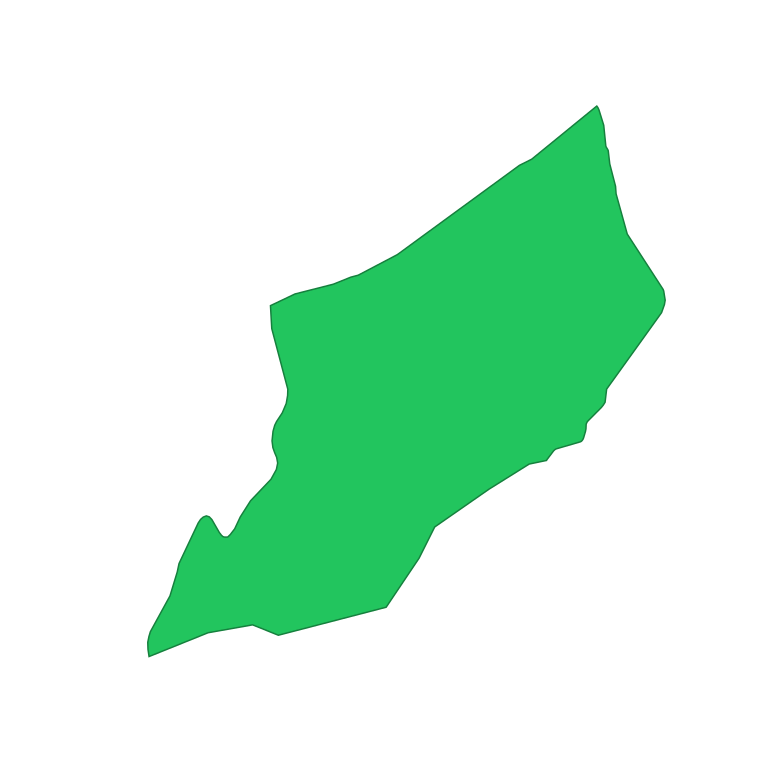 an SVG outline of Eastern Darfur, rotated 256°
{"feature_id": "SDN-5857", "entity_name": "Eastern Darfur", "entity_type": "State", "adm_level": 1, "iso_a3": "SDN", "parent_name": "Sudan", "parent_adm1": "", "projection": "albers", "projection_center": [26.343, 11.27], "detail": "fine", "context": "isolated", "style": "filled", "palette": "green", "viewbox_px": 768, "rotation_deg": 256, "n_neighbors": 0, "source": "natural_earth", "source_scale": "10m", "svg_char_len": 1330}
<svg xmlns="http://www.w3.org/2000/svg" viewBox="0 0 768 768"><g transform="rotate(256 384 384)"><path d="M406.6,677.9L397.3,677.1L393.2,675.3L386.1,670.6L355.6,634.7L325.2,598.8L312.8,594.1L310.5,591.7L308.6,589.2L299.0,573.3L298.1,572.0L297.5,571.5L296.5,570.7L296.0,570.4L291.6,569.1L289.2,568.0L283.4,564.6L282.1,563.6L281.1,562.4L280.7,561.7L280.4,560.8L279.4,535.5L279.2,534.6L278.9,533.8L278.1,532.4L271.1,523.7L270.5,523.2L271.2,505.5L256.5,460.3L233.0,398.6L206.5,375.9L166.9,332.1L165.8,220.7L182.1,198.2L185.2,153.1L176.4,90.1L183.6,90.8L190.5,92.3L195.8,94.8L200.2,97.4L230.2,125.1L251.6,137.9L259.4,141.7L294.2,170.2L297.0,173.3L298.6,176.4L299.0,179.7L297.4,182.3L294.1,184.2L279.7,188.3L276.5,189.7L274.8,190.9L274.0,192.3L273.3,195.3L275.1,198.4L279.6,204.1L289.8,212.4L303.0,226.3L318.9,251.3L327.1,258.9L333.0,261.7L338.8,262.1L343.8,261.3L349.2,260.8L355.9,261.6L365.0,264.9L370.4,268.0L373.6,270.7L380.6,278.3L388.7,284.4L396.2,287.7L402.2,289.4L464.9,288.5L487.5,292.8L492.9,319.4L493.1,359.0L495.7,377.6L495.8,384.6L495.8,385.2L506.3,428.2L563.4,568.3L566.4,581.7L590.8,633.5L602.2,657.7L600.5,658.4L597.9,658.9L581.9,659.8L561.2,656.8L560.3,656.9L557.0,657.9L556.0,658.0L542.9,656.3L519.8,656.5L512.4,655.2L470.6,656.3L408.3,677.7L406.6,677.9Z" fill="#22c55e" stroke="#15803d" stroke-width="1.5"/></g></svg>